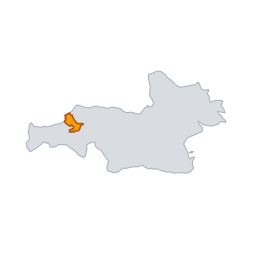 Orang, Hamgyŏng-bukto, North Korea shown in context, rotated 222°
{"feature_id": "82179303B20024569416279", "entity_name": "Orang", "entity_type": "district", "adm_level": 2, "iso_a3": "PRK", "parent_name": "North Korea", "parent_adm1": "Hamgyŏng-bukto", "projection": "equal_earth", "projection_center": [129.358, 41.426], "detail": "fine", "context": "in_parent", "style": "filled", "palette": "amber", "viewbox_px": 256, "rotation_deg": 222, "n_neighbors": 0, "source": "geoboundaries", "source_scale": "gbopen_adm2", "svg_char_len": 5058}
<svg xmlns="http://www.w3.org/2000/svg" viewBox="0 0 256 256"><g transform="rotate(222 128 128)"><path d="M148.7,182.1L147.8,182.6L146.3,185.3L145.0,188.7L143.6,190.6L142.1,191.6L140.5,192.2L137.2,192.5L134.3,192.2L133.3,191.9L129.3,192.1L128.2,192.3L122.4,192.0L119.3,192.3L117.4,193.0L115.4,194.4L113.7,196.5L112.2,198.7L109.1,202.8L107.0,204.8L106.9,207.6L106.9,208.5L106.1,209.1L105.9,208.8L104.6,208.6L99.7,206.0L95.6,207.6L94.6,209.7L93.5,210.4L91.9,206.3L89.3,206.1L85.1,202.6L83.3,203.3L82.8,204.7L80.5,208.0L77.2,210.8L76.2,211.1L75.0,210.9L75.2,210.2L73.9,207.1L68.8,205.9L67.0,204.6L66.1,204.3L71.2,200.9L72.5,200.3L71.5,199.5L70.4,199.1L66.4,199.6L64.2,198.5L61.1,198.8L59.0,197.9L63.5,194.6L63.8,192.6L63.7,191.1L66.1,186.7L68.4,184.3L74.4,180.8L76.9,180.3L78.8,180.4L80.3,180.1L78.7,178.8L77.2,178.2L74.1,178.3L71.0,176.3L70.8,174.2L77.1,160.9L77.3,159.7L76.4,156.5L76.1,153.4L71.8,151.6L69.9,151.3L64.3,147.8L62.1,146.0L61.3,146.6L61.0,149.4L60.2,150.0L58.7,150.6L58.1,147.3L56.9,145.0L53.3,142.6L52.0,141.3L52.7,138.5L52.4,138.3L53.0,135.1L55.4,132.6L61.0,128.3L62.5,126.3L65.4,123.9L66.6,123.9L67.9,123.7L68.4,122.7L68.7,121.9L69.8,121.1L72.6,119.8L75.7,118.1L78.1,117.6L81.2,115.0L82.4,113.8L83.7,113.8L84.0,113.3L84.7,112.0L85.7,111.1L87.0,110.9L89.2,110.3L92.0,109.9L93.9,107.7L94.5,106.2L95.8,104.5L98.4,102.6L100.2,99.9L102.3,96.9L103.2,95.9L104.2,95.7L104.7,94.6L105.4,91.4L106.4,88.3L106.9,86.9L109.2,85.3L109.8,84.5L110.3,84.3L111.4,84.5L112.8,83.6L114.2,82.5L115.4,82.9L116.6,83.7L117.9,85.4L118.4,86.8L119.5,87.9L119.6,89.6L120.6,90.3L122.8,90.7L126.4,91.8L128.7,91.9L130.0,92.7L132.7,93.2L138.2,92.5L140.5,92.9L141.4,93.9L142.8,94.7L143.7,94.8L144.9,93.4L146.2,91.1L147.1,89.3L147.1,87.9L146.3,86.4L144.5,85.1L143.4,82.9L142.2,80.7L141.6,80.0L141.0,78.9L141.0,77.2L141.4,76.1L144.1,75.4L147.6,74.9L150.4,75.4L155.2,75.1L158.1,74.5L160.2,74.6L162.2,74.5L163.1,73.6L165.9,71.3L167.2,70.5L168.7,69.0L168.9,67.3L169.2,66.0L170.0,64.6L171.5,62.9L172.7,62.1L174.1,62.2L175.5,63.0L176.4,63.8L177.5,63.6L178.3,62.2L178.9,62.0L180.6,61.8L181.1,61.0L181.7,57.0L182.3,53.9L182.5,51.7L183.9,48.1L184.4,45.9L185.3,44.9L186.3,45.0L187.1,45.6L188.2,46.0L189.6,45.6L190.6,46.2L191.2,47.3L193.3,48.2L193.6,48.7L193.5,52.7L194.7,54.5L196.2,56.2L198.4,57.7L199.5,58.1L200.2,59.1L200.8,61.0L202.4,62.8L203.2,64.2L203.3,65.6L204.0,66.3L202.8,67.2L201.2,66.7L198.6,66.4L195.2,69.1L193.3,70.0L192.0,72.7L189.4,74.3L187.9,76.0L186.1,78.9L184.8,81.8L182.0,84.7L180.3,88.3L180.3,91.5L182.1,94.7L182.3,97.4L181.0,103.0L181.7,109.0L180.9,111.4L172.1,115.5L169.8,117.6L166.6,122.9L162.6,124.9L160.2,127.1L156.8,128.4L154.6,132.1L152.2,134.3L149.3,135.6L147.2,137.2L142.4,137.4L139.1,138.5L136.6,141.7L129.4,145.3L128.4,148.0L128.9,152.2L128.9,155.4L128.2,158.1L126.6,157.4L125.8,158.2L124.8,160.7L125.1,163.5L127.5,164.4L129.6,165.5L132.4,166.1L134.5,167.4L139.0,173.4L142.6,176.0L143.6,176.9L145.7,178.2L147.6,180.3L148.7,182.1ZM65.1,153.1L63.7,154.0L63.7,152.3L64.8,151.0L65.9,150.8L65.1,153.1Z" fill="#d9dde1" stroke="#a8b0b8" stroke-width="1"/><path d="M166.1,99.9L166.4,99.7L166.6,99.3L166.8,99.1L167.0,98.7L167.3,98.5L167.9,98.0L168.3,97.6L168.9,97.4L169.4,97.5L170.5,97.7L170.9,97.8L171.5,97.7L172.1,97.6L172.5,97.8L173.2,98.0L173.7,98.2L174.1,98.3L174.5,98.6L175.0,98.9L175.4,99.0L176.0,98.9L176.7,98.9L177.1,99.2L177.4,99.6L177.7,100.2L178.1,100.0L178.6,99.6L179.3,99.3L180.0,99.6L181.0,100.0L181.6,100.0L181.6,99.9L181.7,99.7L181.5,99.3L181.7,99.1L181.9,99.0L182.0,98.9L181.8,98.7L182.1,98.4L182.1,97.8L182.3,97.5L182.5,97.3L182.6,97.2L182.4,96.9L182.5,96.8L182.9,96.5L182.9,96.3L182.9,95.9L183.1,95.5L183.1,95.4L183.3,95.2L183.2,95.1L182.9,94.9L182.7,94.9L182.6,95.0L182.3,94.9L181.7,94.1L181.6,94.5L181.5,94.4L181.5,94.0L181.5,93.9L181.4,93.8L181.0,93.8L180.7,93.6L180.4,93.3L180.2,93.1L179.7,92.3L179.6,92.0L179.5,91.6L179.6,91.2L179.7,90.9L179.6,90.6L179.1,90.6L178.7,90.3L178.3,89.9L177.8,89.8L177.2,90.0L176.6,90.1L176.1,90.0L175.4,90.0L174.9,90.1L174.6,90.1L174.4,90.3L173.8,90.3L173.2,90.3L172.9,90.3L172.7,90.3L172.4,90.6L172.1,90.7L172.0,91.5L172.1,92.1L171.9,92.5L171.6,92.2L171.0,92.3L170.4,92.4L169.8,92.4L169.2,92.4L168.9,92.5L168.6,91.9L168.4,91.4L168.2,91.1L168.1,90.7L168.6,90.3L168.9,90.1L168.9,89.9L168.9,89.6L168.9,89.2L169.4,89.0L169.5,88.9L169.6,88.6L169.7,88.2L169.9,87.8L170.1,87.4L169.8,87.0L169.3,87.2L169.1,87.1L169.1,86.8L168.9,86.5L168.8,86.1L168.6,86.4L168.4,86.6L168.1,86.7L167.8,86.8L167.4,87.0L167.2,87.3L167.2,87.8L167.1,88.1L166.8,88.5L166.6,88.5L166.3,88.3L166.0,88.5L165.9,88.6L165.6,88.9L165.5,89.0L165.3,89.0L165.2,89.2L165.4,89.5L165.4,89.9L165.3,90.1L165.2,90.4L165.0,90.7L164.4,91.3L164.0,91.6L163.6,92.1L163.4,92.3L163.3,92.5L163.2,92.8L163.1,93.1L163.1,93.5L163.1,94.3L163.2,95.0L163.3,95.3L163.6,95.8L163.8,96.2L164.0,96.5L164.0,96.9L164.1,97.0L164.3,97.4L164.7,97.9L164.8,98.2L164.8,98.4L164.8,98.6L164.7,98.8L164.5,99.2L164.3,99.6L163.8,100.3L163.8,100.6L163.8,101.0L164.1,101.0L164.5,100.8L165.0,100.7L165.4,100.2L165.8,100.0L166.1,99.9Z" fill="#f59e0b" stroke="#b45309" stroke-width="1.5"/></g></svg>